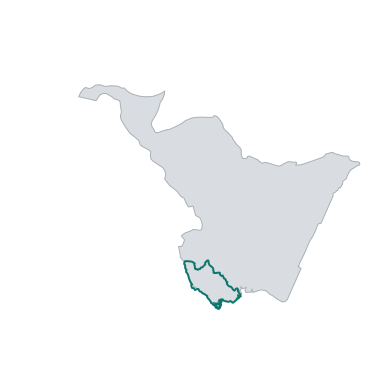 where Sud-Ouest sits in Cameroon, rotated 294°
{"feature_id": "CMR-799", "entity_name": "Sud-Ouest", "entity_type": "Province", "adm_level": 1, "iso_a3": "CMR", "parent_name": "Cameroon", "parent_adm1": "", "projection": "albers", "projection_center": [9.217, 5.228], "detail": "fine", "context": "in_parent", "style": "outline", "palette": "teal", "viewbox_px": 384, "rotation_deg": 294, "n_neighbors": 0, "source": "natural_earth", "source_scale": "10m", "svg_char_len": 7525}
<svg xmlns="http://www.w3.org/2000/svg" viewBox="0 0 384 384"><g transform="rotate(294 192 192)"><path d="M97.2,258.1L97.9,256.1L103.3,247.0L106.6,232.4L108.2,229.0L109.7,226.7L117.5,218.9L120.5,216.4L124.7,213.6L127.6,207.9L128.7,207.3L130.0,206.8L136.7,201.9L137.3,202.9L137.7,204.0L138.2,204.6L140.4,204.9L143.4,204.9L145.1,204.6L146.0,203.6L146.9,200.9L147.5,200.4L148.2,200.3L151.4,202.1L156.8,207.4L158.2,208.3L158.8,209.4L160.0,214.2L160.7,215.4L161.8,215.9L163.9,215.5L166.1,214.7L168.0,213.4L169.9,211.8L171.2,210.4L171.7,209.3L172.0,205.4L172.4,204.5L179.4,198.8L179.2,198.3L178.0,196.7L177.0,194.9L178.0,193.1L179.1,191.7L183.2,187.0L183.4,183.5L186.6,178.1L188.4,171.0L188.5,169.6L192.7,161.8L197.1,161.0L198.8,159.9L200.8,158.0L202.0,156.2L202.6,154.4L203.0,151.1L203.8,147.3L204.3,144.0L205.6,140.9L207.8,139.4L211.6,138.1L212.2,137.5L212.8,135.4L213.3,128.7L213.9,125.7L217.5,122.3L219.0,117.0L220.4,111.4L224.4,104.7L229.1,98.1L231.3,96.2L233.1,95.4L235.3,95.3L236.7,94.8L241.8,91.5L243.9,90.3L245.5,89.2L245.9,88.2L246.0,86.7L245.5,83.3L246.3,80.7L246.8,76.8L247.0,73.8L246.8,72.8L245.9,71.0L244.3,69.1L241.8,68.0L238.2,67.7L236.4,67.1L235.7,63.6L235.4,61.4L233.0,49.8L237.4,49.8L242.8,51.2L244.1,52.2L244.8,56.2L246.8,58.4L250.2,60.2L252.4,64.0L253.2,69.8L255.1,73.2L255.6,73.7L258.3,80.3L258.5,83.3L258.2,85.3L259.4,87.8L257.8,92.1L257.3,94.8L257.2,98.5L258.2,105.0L259.8,110.0L261.6,114.1L263.4,117.3L266.5,120.7L269.8,123.9L272.9,125.9L270.1,127.1L264.6,127.3L261.5,126.7L260.0,126.6L258.5,127.1L252.7,127.7L246.8,127.5L241.3,126.7L238.0,126.9L235.4,128.9L233.4,131.8L231.5,134.1L232.2,136.7L233.6,138.1L236.5,141.2L239.0,144.2L240.3,146.3L245.4,150.7L250.3,154.6L252.7,156.0L253.5,156.3L256.2,158.5L259.9,162.2L263.3,168.1L268.2,179.8L269.2,180.8L270.9,181.4L271.1,182.6L271.0,184.5L270.5,186.0L266.7,192.2L263.4,194.6L262.5,196.0L261.3,199.6L258.3,206.6L257.0,207.6L254.1,212.4L251.7,218.4L251.1,219.3L250.1,220.0L246.6,221.6L245.4,222.3L243.7,224.2L243.4,225.4L244.3,227.1L245.3,228.4L247.1,228.4L248.1,229.7L248.2,239.0L247.4,240.4L247.4,241.0L247.0,242.6L246.9,244.4L247.2,245.1L247.9,245.6L248.8,246.9L249.4,249.7L250.7,259.7L251.2,261.3L252.2,262.4L255.3,264.5L258.6,267.3L259.6,269.2L260.2,272.2L261.5,274.5L261.5,275.3L261.0,275.7L258.9,275.9L259.6,277.6L261.3,280.6L269.7,289.8L277.7,298.0L279.5,298.5L280.9,298.7L281.5,299.2L282.3,300.4L284.9,303.3L285.4,305.1L284.9,306.7L285.5,309.3L286.0,310.2L285.8,311.1L286.1,314.2L286.9,317.0L288.1,319.3L288.0,320.9L286.4,321.9L285.6,323.4L285.3,325.5L285.8,328.1L287.0,331.1L287.1,332.9L285.2,334.2L283.0,332.1L280.7,330.7L277.1,328.3L273.6,327.4L269.0,327.3L267.0,327.6L263.6,325.7L262.5,325.4L261.0,326.3L260.0,326.3L258.7,326.0L256.1,326.0L255.8,324.6L255.4,324.4L252.6,324.5L251.7,323.3L251.3,323.5L250.2,323.1L247.9,321.4L245.6,322.6L240.6,322.5L215.8,322.6L215.2,321.1L213.9,320.3L211.7,320.2L205.1,320.6L200.0,320.3L196.6,319.7L192.4,319.4L187.2,319.7L181.8,319.7L172.3,319.3L167.0,319.4L167.2,320.4L166.8,321.1L166.5,322.7L132.8,322.8L130.0,321.7L129.2,320.9L128.9,319.5L128.3,319.4L128.8,313.5L129.9,308.6L130.4,304.1L131.9,300.0L131.1,296.0L130.1,294.2L125.0,288.5L127.4,286.4L124.3,286.7L123.6,284.6L122.1,282.0L123.0,281.6L123.9,280.2L126.7,280.6L126.6,280.0L124.2,277.8L124.4,276.8L125.4,275.6L125.0,275.0L123.2,276.3L122.0,276.3L121.0,275.4L120.3,275.3L120.7,276.9L119.8,278.4L118.9,278.9L117.3,278.8L116.0,278.5L115.7,277.6L114.5,277.0L111.1,275.9L108.2,274.7L107.7,271.2L106.5,269.7L106.1,268.0L105.8,266.1L106.2,263.1L105.5,262.6L104.7,262.5L103.4,262.6L102.3,262.4L101.0,260.8L99.8,260.2L100.5,263.2L99.7,264.0L97.6,263.8L96.8,262.6L96.6,261.8L97.5,258.1L97.2,258.1Z" fill="#d9dde1" stroke="#a8b0b8" stroke-width="1"/><path d="M124.3,213.9L125.2,213.8L125.5,213.6L125.9,213.8L126.5,214.8L126.8,215.9L127.1,216.3L128.3,220.2L128.2,221.5L128.0,222.1L128.1,222.9L127.9,223.3L127.7,223.6L127.2,223.6L126.4,223.7L125.9,224.4L123.4,225.9L123.1,226.3L123.0,226.6L123.1,226.8L123.2,227.0L123.3,227.1L123.6,227.5L123.3,228.7L123.4,229.1L123.6,229.3L123.9,229.4L124.2,229.5L124.4,229.8L125.0,230.7L125.6,230.8L126.3,230.7L126.5,230.8L126.7,231.0L126.9,231.4L127.1,231.7L127.4,232.0L128.1,232.4L129.6,232.8L131.2,233.6L132.6,232.8L133.5,233.1L134.8,233.4L135.5,233.7L136.0,234.7L135.9,234.9L135.8,235.1L134.7,235.5L132.8,237.2L132.4,237.7L132.2,238.1L132.0,239.2L131.9,239.7L130.9,242.3L129.9,243.0L129.1,243.2L128.2,244.2L127.9,244.4L127.6,244.4L127.4,244.4L127.1,244.5L127.0,245.0L127.3,245.9L127.7,246.9L128.6,248.1L129.0,248.7L129.4,249.7L129.5,250.2L129.3,250.5L128.4,250.7L128.0,251.2L127.6,251.9L127.4,252.6L127.4,252.9L127.5,253.3L128.1,253.8L128.1,254.1L127.9,254.4L127.6,254.6L127.2,255.2L126.4,256.0L126.1,256.4L126.0,256.7L126.0,257.0L126.0,257.7L125.7,258.3L125.0,258.8L124.3,259.8L124.2,260.7L124.0,260.9L123.8,261.0L123.6,261.0L123.2,260.9L122.7,260.9L122.5,261.1L122.1,261.6L121.3,263.0L121.1,263.7L121.0,265.2L121.0,265.5L121.3,266.2L121.1,266.8L119.4,269.5L119.3,270.2L119.2,270.9L119.7,271.2L121.5,271.5L121.8,271.7L122.0,272.0L122.3,272.6L122.3,272.8L122.1,273.0L121.8,273.3L121.6,273.6L121.3,274.1L121.1,274.3L120.8,274.4L120.5,274.1L120.2,274.2L119.5,275.0L118.5,276.8L118.2,277.4L118.2,277.6L118.1,277.8L117.8,277.9L117.3,278.2L116.5,278.9L116.1,278.7L115.8,277.8L115.9,276.9L116.4,276.3L116.4,276.2L115.8,276.3L115.5,276.7L115.3,277.2L114.5,277.9L113.7,277.8L113.5,277.4L113.6,277.1L113.5,276.8L113.1,276.5L112.8,276.4L112.4,276.4L111.9,276.5L111.7,276.6L111.3,276.5L110.0,275.7L107.8,274.7L107.5,274.4L107.5,273.7L107.9,272.2L108.0,271.5L107.2,270.8L106.6,270.0L106.2,269.0L105.6,265.4L105.7,264.8L106.4,263.7L106.6,263.1L106.1,263.7L105.8,263.9L105.6,263.6L105.7,263.2L105.8,262.9L105.9,262.6L105.8,262.3L105.6,262.1L105.0,261.9L104.8,261.5L104.7,261.2L104.4,261.0L104.2,260.9L104.1,261.2L104.9,262.4L105.1,262.9L104.9,263.3L104.7,263.4L104.4,262.9L103.2,261.9L103.2,262.2L103.2,262.5L103.4,262.7L103.6,262.8L103.2,263.4L103.1,263.5L103.0,263.4L102.5,263.1L102.4,263.0L102.2,262.8L101.8,262.7L101.4,262.4L101.2,262.0L100.9,261.1L99.8,259.5L99.6,258.5L99.2,259.1L99.4,259.8L99.8,260.6L100.4,262.9L100.6,263.1L100.9,263.3L101.2,263.5L101.3,264.1L100.8,264.4L97.7,264.6L97.4,264.5L97.5,264.2L97.8,263.9L98.1,263.6L97.8,263.5L97.5,263.5L97.3,263.6L97.2,264.2L96.7,264.2L96.4,264.2L96.0,263.8L95.9,263.2L96.0,262.7L96.4,262.8L96.5,262.5L97.1,261.6L96.7,261.8L96.4,261.8L96.2,261.6L96.0,261.2L96.1,260.9L96.3,260.5L96.7,260.0L97.5,259.5L97.6,259.3L97.6,259.0L97.5,258.7L97.5,258.4L97.6,258.1L97.8,258.3L97.7,257.3L97.7,256.8L98.0,256.6L98.6,256.1L98.5,255.8L98.4,255.4L98.3,254.9L98.5,254.5L99.2,254.0L99.4,253.6L100.4,252.0L100.7,251.5L101.0,251.0L101.3,249.9L101.5,249.6L102.0,248.8L102.2,248.6L102.5,248.4L102.8,248.4L103.1,248.3L103.2,247.9L103.9,244.5L103.9,244.3L103.7,243.7L103.6,243.3L103.8,242.7L104.3,241.7L104.5,241.1L104.5,240.6L104.4,240.1L104.4,239.6L104.5,239.1L104.9,238.6L105.4,238.1L105.7,237.6L105.9,237.0L105.6,236.4L105.1,235.9L104.6,235.4L104.1,235.0L103.7,234.3L103.9,234.0L104.4,233.6L104.8,233.1L104.9,232.5L104.7,232.0L104.4,231.6L104.4,231.1L104.7,230.7L105.5,230.1L105.9,229.7L106.3,229.3L106.8,229.4L107.4,229.6L107.8,229.5L107.9,229.2L108.0,228.5L108.1,228.3L108.5,228.1L108.8,227.8L109.3,227.0L111.6,224.6L115.1,221.8L115.7,220.9L116.4,219.4L116.7,219.0L117.1,218.9L117.4,218.8L117.7,218.9L118.1,218.8L118.8,218.4L119.5,216.9L120.3,216.5L120.4,216.4L121.4,216.1L121.9,215.8L122.3,215.4L122.9,214.3L123.3,214.0L124.0,213.9L124.3,213.9Z" fill="none" stroke="#0f766e" stroke-width="2"/></g></svg>